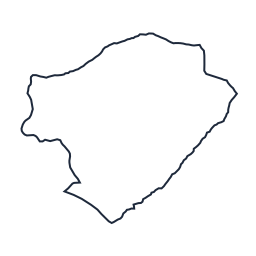 Icaraíma, Paraná, Brazil (Mercator projection), rotated 274°
{"feature_id": "56859067B39036431540148", "entity_name": "Icaraíma", "entity_type": "district", "adm_level": 2, "iso_a3": "BRA", "parent_name": "Brazil", "parent_adm1": "Paraná", "projection": "mercator", "projection_center": [-53.582, -23.373], "detail": "fine", "context": "isolated", "style": "outline", "palette": "slate", "viewbox_px": 256, "rotation_deg": 274, "n_neighbors": 0, "source": "geoboundaries", "source_scale": "gbopen_adm2", "svg_char_len": 2456}
<svg xmlns="http://www.w3.org/2000/svg" viewBox="0 0 256 256"><g transform="rotate(274 128 128)"><path d="M155.6,25.3L152.1,27.9L149.4,29.4L140.2,31.7L134.1,30.3L131.2,28.9L128.3,25.3L126.8,24.1L124.1,22.8L120.0,21.8L117.8,22.2L116.0,23.4L114.3,25.3L113.5,27.6L114.4,34.2L113.6,36.4L112.4,37.9L108.5,40.9L108.7,43.8L110.5,46.1L109.5,51.3L111.8,58.1L111.1,61.3L108.5,62.7L106.9,64.0L105.2,66.0L100.4,70.6L98.4,71.8L95.7,72.2L91.2,71.8L89.2,72.0L84.6,73.1L77.3,78.1L73.8,81.5L70.2,83.8L69.5,78.1L68.7,76.5L63.6,72.5L60.3,69.1L57.5,78.4L54.1,86.8L48.8,96.5L44.5,103.2L40.2,107.6L33.6,115.3L32.1,118.3L33.3,120.5L35.9,124.1L37.2,126.8L39.1,128.3L42.4,129.3L44.5,131.5L46.3,132.6L46.8,134.7L47.9,137.0L48.0,139.8L50.0,139.5L52.0,138.9L53.8,143.7L54.1,146.1L55.5,147.6L58.1,148.1L59.5,150.3L61.4,152.7L63.3,155.5L65.1,155.9L66.0,158.3L67.9,159.8L70.0,162.8L70.1,165.7L72.5,167.9L74.7,169.2L77.7,171.3L80.1,172.7L82.0,174.0L84.9,175.3L86.1,177.8L90.5,181.6L92.7,182.7L95.6,183.4L97.1,184.8L99.7,185.9L101.6,188.1L104.1,189.2L106.3,192.4L108.1,194.1L109.6,195.1L111.9,195.1L113.6,197.1L115.5,199.0L118.2,201.1L120.0,201.7L122.5,203.2L124.2,205.5L126.6,206.5L128.9,207.1L130.0,209.7L132.4,210.8L134.0,211.9L136.7,214.1L137.6,216.1L139.1,217.5L140.3,220.7L141.6,222.9L143.7,223.5L146.5,224.9L148.9,225.5L150.7,226.8L153.1,226.7L155.1,226.9L157.6,227.4L160.0,227.7L163.2,229.5L166.2,231.8L169.8,234.2L172.3,231.9L175.1,230.0L176.2,228.5L177.6,226.9L179.9,224.7L182.3,223.2L182.8,220.0L183.5,218.1L187.4,202.3L190.4,200.1L196.6,199.8L205.8,199.1L210.4,198.3L212.9,195.6L215.9,193.7L215.3,190.2L214.9,188.1L215.0,186.0L215.5,182.8L215.5,180.2L216.1,177.1L216.3,174.0L216.1,169.8L215.7,167.4L216.4,165.1L217.6,162.3L219.0,159.8L219.9,157.1L220.7,154.5L221.8,151.6L222.4,149.4L223.9,146.4L223.8,142.3L222.3,139.4L222.4,136.6L222.3,133.4L220.5,131.7L219.4,128.6L218.1,127.2L217.9,125.3L217.0,123.7L216.4,121.3L214.7,118.5L214.0,116.4L212.7,113.4L211.6,111.0L211.7,108.2L210.1,105.2L209.2,103.4L208.0,102.0L206.8,99.5L204.7,97.7L202.6,96.8L200.5,95.4L198.5,93.5L196.8,91.2L195.3,89.5L193.5,87.6L191.5,84.2L189.0,81.3L186.7,79.2L185.4,77.0L183.1,74.0L182.4,72.0L180.9,69.2L180.2,66.0L178.7,64.7L178.2,61.7L177.0,60.5L176.2,57.8L175.6,54.1L175.5,51.1L174.4,47.7L173.5,45.1L172.5,43.0L173.0,40.1L173.3,36.9L174.3,32.8L174.1,29.4L172.2,27.7L170.4,27.6L167.5,28.1L164.7,27.9L162.7,26.2L160.6,25.9L158.4,25.8L155.6,25.3Z" fill="none" stroke="#1e293b" stroke-width="2"/></g></svg>